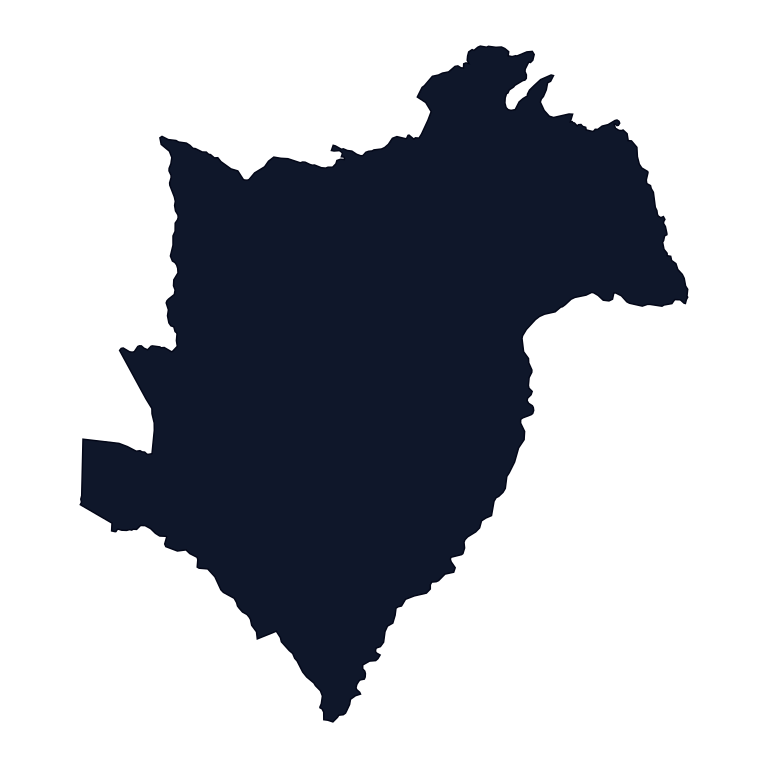 the district of Pahuatlán, Puebla, Mexico
{"feature_id": "50627088B33192987993204", "entity_name": "Pahuatlán", "entity_type": "district", "adm_level": 2, "iso_a3": "MEX", "parent_name": "Mexico", "parent_adm1": "Puebla", "projection": "albers", "projection_center": [-98.132, 20.287], "detail": "fine", "context": "isolated", "style": "filled", "palette": "ink", "viewbox_px": 768, "rotation_deg": 0, "n_neighbors": 0, "source": "geoboundaries", "source_scale": "gbopen_adm2", "svg_char_len": 6065}
<svg xmlns="http://www.w3.org/2000/svg" viewBox="0 0 768 768"><path d="M323.8,719.7L327.8,720.2L332.9,721.9L337.5,717.3L338.8,715.2L343.3,714.7L345.5,713.1L346.8,710.5L349.6,704.5L350.5,699.3L355.5,695.7L360.5,694.1L359.7,692.3L356.7,689.6L356.0,687.9L356.8,684.5L358.8,681.2L360.2,679.9L364.3,679.1L365.2,677.0L365.4,673.6L364.8,671.2L362.7,668.8L362.7,665.0L369.5,661.1L375.7,660.6L377.9,658.7L380.1,655.0L376.5,653.0L375.6,651.7L375.6,649.8L376.3,648.0L380.4,646.6L383.6,642.2L385.0,631.6L387.5,626.1L392.8,623.1L395.1,615.3L396.0,608.2L398.1,606.8L401.5,606.0L405.5,599.3L414.3,595.9L426.4,593.1L430.3,589.0L430.3,584.8L431.7,582.1L436.2,581.7L438.6,580.6L445.0,574.1L453.7,572.2L455.2,567.7L451.2,561.9L450.4,559.5L450.8,557.3L461.6,554.6L462.9,553.6L464.6,548.0L464.0,542.4L464.9,539.8L467.6,536.9L475.7,531.9L479.6,527.9L481.5,520.9L485.7,518.1L491.5,515.6L494.0,501.3L496.1,497.7L498.7,496.4L503.0,492.3L505.3,488.4L506.8,476.5L509.2,472.8L514.6,462.0L518.6,447.9L524.1,439.7L524.6,431.4L520.6,423.1L520.7,419.4L522.7,417.9L531.1,414.7L532.7,413.5L533.7,410.4L533.3,407.5L532.4,405.8L528.6,403.3L527.1,400.6L527.6,398.2L531.1,394.7L532.2,391.4L529.0,388.2L528.4,385.5L529.1,377.6L531.8,372.3L531.9,370.0L528.7,362.8L528.5,358.5L523.6,351.7L522.0,338.4L522.6,335.7L526.4,329.4L535.4,319.6L539.4,316.5L544.5,314.2L555.2,311.8L560.6,307.2L562.5,306.7L565.3,304.6L571.1,299.2L574.9,297.4L586.1,295.1L591.7,292.4L593.7,292.8L598.1,295.4L603.2,300.2L609.0,300.9L612.5,299.2L613.8,293.1L615.6,292.9L621.4,295.8L626.8,301.8L629.4,303.2L642.3,306.1L647.3,304.4L650.1,304.4L662.0,306.2L664.0,305.0L671.9,303.6L674.7,299.6L680.3,299.8L684.1,303.2L685.4,303.5L686.4,299.6L687.7,297.2L687.0,295.9L687.7,289.3L685.6,286.0L684.2,278.3L682.3,274.4L677.8,269.5L675.9,263.6L671.6,260.5L670.7,256.3L667.2,255.7L667.1,253.2L664.0,249.3L662.6,242.2L663.6,240.6L664.6,235.9L666.9,234.7L666.9,233.5L665.4,226.5L663.6,223.6L663.6,221.8L664.9,219.4L663.4,216.6L660.8,217.7L658.2,216.0L657.4,214.3L656.9,210.6L655.3,207.3L653.4,192.3L651.2,188.5L650.5,185.6L647.0,183.7L646.6,182.5L646.3,179.9L648.0,172.6L647.7,171.5L641.8,168.0L639.3,164.2L637.4,156.7L636.9,147.3L631.5,140.9L628.2,140.6L627.1,133.7L623.1,130.0L621.4,130.6L618.8,130.3L615.4,128.2L614.1,124.1L615.5,124.1L617.0,125.6L618.4,125.3L619.7,123.2L619.0,121.3L617.0,120.0L615.0,120.5L608.1,124.6L602.1,126.1L597.8,129.4L595.2,129.3L593.6,131.2L592.4,131.4L586.2,129.9L585.7,127.3L582.7,126.4L581.0,124.5L578.5,124.7L577.1,125.9L574.5,123.0L573.0,122.7L572.2,121.6L570.3,121.9L572.6,114.2L569.0,114.0L553.6,117.5L549.3,116.2L544.2,110.5L540.3,102.1L541.3,99.0L543.4,96.5L546.3,89.8L547.6,82.8L550.6,81.3L553.5,75.6L551.1,75.0L540.6,79.6L533.9,85.8L529.5,90.1L527.4,94.3L527.6,95.8L523.1,98.5L519.2,101.8L515.2,109.6L511.1,110.4L508.2,109.7L506.1,107.6L504.9,103.0L505.2,97.9L506.5,93.7L507.9,93.0L509.3,89.9L513.6,87.0L514.8,85.4L522.8,80.6L524.9,80.1L526.3,78.4L526.4,74.9L525.0,71.6L525.2,69.1L528.7,62.1L530.5,62.5L532.8,60.2L534.2,54.5L532.3,51.4L526.8,51.9L516.9,56.0L515.7,55.7L512.1,56.6L508.2,55.8L508.7,51.7L504.8,48.5L501.5,47.0L495.9,47.3L488.4,46.3L486.6,47.2L480.3,46.1L477.8,47.2L474.0,50.4L472.1,49.6L468.7,51.9L467.6,56.0L467.2,60.3L469.0,63.6L466.0,62.9L463.7,63.8L463.5,68.0L460.9,67.8L457.9,65.9L455.0,66.4L448.6,71.9L442.4,73.1L438.5,75.0L432.4,76.3L424.4,85.7L422.1,87.4L417.3,97.0L425.7,102.5L431.2,111.6L427.9,120.3L421.5,134.1L419.0,138.1L415.4,137.8L413.8,139.1L409.0,135.1L408.0,135.4L406.6,138.4L405.7,138.7L396.9,136.6L392.4,138.3L388.4,144.3L384.7,147.5L381.5,149.0L373.9,149.9L372.2,150.9L368.5,151.3L365.8,152.3L363.0,155.5L360.9,155.8L356.7,154.3L351.9,151.1L347.3,150.5L343.3,148.8L341.5,149.3L335.4,145.9L333.2,145.3L331.4,150.5L334.0,151.0L339.5,150.6L342.1,152.6L342.3,153.9L341.3,156.8L343.8,157.0L344.5,158.2L344.4,159.5L340.6,159.2L336.9,160.5L335.9,163.8L332.6,167.2L328.0,167.2L325.7,168.1L321.3,167.7L314.5,165.0L312.3,165.2L310.0,164.5L305.2,162.2L302.6,162.0L300.3,162.8L287.9,158.7L280.9,158.3L273.8,157.1L268.5,161.2L264.6,166.8L254.6,172.9L249.0,179.6L247.2,180.2L244.4,180.0L243.2,179.3L237.8,170.9L231.0,168.9L220.9,161.6L217.8,157.7L214.4,157.9L210.5,154.6L208.6,154.3L206.3,152.1L202.3,152.0L195.4,148.6L192.9,148.3L190.0,145.4L186.4,143.1L178.6,142.0L176.0,140.5L168.3,139.6L162.0,136.4L159.9,137.8L161.2,144.4L169.4,151.2L171.8,157.5L170.9,163.8L169.1,168.3L169.0,170.9L171.1,175.4L171.1,177.7L169.6,182.9L169.8,185.2L174.3,196.8L175.3,201.3L174.6,205.5L175.5,210.9L177.9,214.9L178.2,217.3L177.6,219.6L175.2,223.1L175.1,231.3L173.0,235.9L173.0,245.2L170.4,256.0L172.4,261.0L174.9,262.5L176.6,264.9L177.7,268.3L178.0,272.9L173.8,279.8L173.5,285.8L175.1,289.9L174.3,294.5L168.5,299.1L166.9,300.9L166.2,302.9L168.4,309.8L167.5,315.8L168.9,322.9L170.9,325.8L173.8,326.8L175.1,331.6L176.6,332.8L177.0,334.1L176.4,340.6L177.3,346.3L172.5,351.4L171.4,351.7L164.2,347.5L161.0,347.8L159.9,346.9L152.4,345.9L151.1,346.2L147.6,349.8L144.0,348.2L141.4,345.9L139.4,345.8L137.8,346.5L134.3,351.7L132.3,352.2L129.6,351.8L123.2,348.0L121.2,348.4L119.6,350.4L145.9,398.7L151.9,408.5L152.0,413.8L154.2,422.9L154.3,430.3L152.0,453.7L148.1,454.4L146.8,454.1L144.7,452.1L142.2,451.9L140.0,450.7L136.2,451.2L127.4,446.6L119.0,443.4L83.0,439.2L81.7,495.7L80.8,499.1L81.5,502.2L80.3,504.7L112.0,523.1L111.6,530.9L115.2,531.7L116.0,531.5L117.3,529.4L118.5,529.2L121.6,530.2L126.6,530.4L129.6,529.6L131.7,530.1L133.3,529.2L136.6,529.4L140.5,525.5L145.1,525.6L150.6,528.6L155.5,533.4L159.7,536.0L166.0,536.3L166.7,536.9L164.7,544.0L165.8,546.6L177.4,551.0L186.0,549.9L189.8,553.6L197.1,557.3L197.8,559.7L197.2,567.1L199.1,568.2L207.7,568.9L214.9,576.8L220.9,589.8L223.4,592.4L234.2,598.3L236.6,602.6L237.5,606.0L239.3,608.4L242.5,612.0L247.0,614.5L249.2,617.2L250.5,619.5L251.7,625.3L256.5,631.8L257.3,638.9L276.3,631.2L280.4,637.6L281.4,641.8L289.3,650.6L292.7,653.5L294.7,658.3L297.1,661.0L302.7,672.0L306.7,677.0L313.9,683.0L315.4,685.6L320.4,690.7L322.4,696.0L321.3,703.8L319.9,707.1L320.0,707.8L322.0,708.8L323.7,712.1L323.8,719.7Z" fill="#0f172a" stroke="#020617" stroke-width="1.5"/></svg>